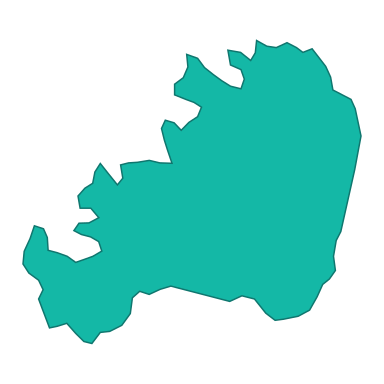 outline of São Miguel da Boa Vista, Santa Catarina, Brazil
{"feature_id": "56859067B14006103520237", "entity_name": "São Miguel da Boa Vista", "entity_type": "district", "adm_level": 2, "iso_a3": "BRA", "parent_name": "Brazil", "parent_adm1": "Santa Catarina", "projection": "natural_earth1", "projection_center": [-53.256, -26.687], "detail": "fine", "context": "isolated", "style": "filled", "palette": "teal", "viewbox_px": 384, "rotation_deg": 0, "n_neighbors": 0, "source": "geoboundaries", "source_scale": "gbopen_adm2", "svg_char_len": 1457}
<svg xmlns="http://www.w3.org/2000/svg" viewBox="0 0 384 384"><path d="M91.9,343.5L100.3,332.4L109.7,331.4L121.8,325.3L130.3,313.6L132.4,297.8L139.7,291.3L149.2,294.4L160.2,289.3L170.8,286.1L202.8,294.4L229.7,301.4L241.9,295.8L254.5,299.0L265.8,313.2L275.1,320.3L283.5,319.2L298.3,316.2L309.6,310.1L317.1,296.8L322.7,284.4L329.4,279.0L335.4,270.5L333.5,256.3L336.2,240.5L340.8,231.6L354.7,169.7L361.0,136.0L355.2,108.7L351.0,99.4L332.9,90.0L330.6,77.1L325.7,66.4L319.0,57.7L312.1,48.8L302.9,52.4L296.5,47.6L287.0,42.7L276.3,47.6L266.8,46.2L256.6,40.5L255.3,52.8L250.7,60.5L240.6,52.4L227.9,50.2L230.5,65.0L241.0,69.6L244.3,79.1L241.0,88.8L230.5,86.2L221.7,80.7L213.2,74.5L204.5,67.6L197.6,58.3L186.7,54.4L187.9,67.0L183.3,77.7L174.6,84.2L174.6,94.9L185.9,99.4L194.0,102.4L201.5,107.2L197.6,116.7L188.9,122.4L181.2,130.3L174.1,122.8L165.3,120.2L161.5,128.5L164.4,140.2L167.4,149.7L172.0,163.3L159.8,162.9L149.3,160.4L137.5,162.3L128.5,162.9L120.6,164.9L122.8,178.2L117.4,184.9L108.3,173.6L100.3,163.5L94.9,172.0L92.7,183.3L84.9,188.2L78.0,196.0L80.1,208.2L90.8,208.2L98.8,217.7L89.0,222.9L79.0,223.2L73.9,230.6L81.4,234.5L90.6,236.9L98.7,241.6L101.8,251.1L92.9,256.3L84.9,259.2L75.7,262.4L67.2,256.3L57.2,252.7L48.1,250.3L47.3,237.5L43.5,228.8L34.4,225.8L30.1,238.5L24.2,251.3L23.0,264.0L28.9,273.1L38.6,280.2L43.1,289.7L38.6,299.0L49.5,327.9L57.2,326.3L66.8,323.3L75.7,333.4L83.9,341.5L91.9,343.5Z" fill="#14b8a6" stroke="#0f766e" stroke-width="1.5"/></svg>